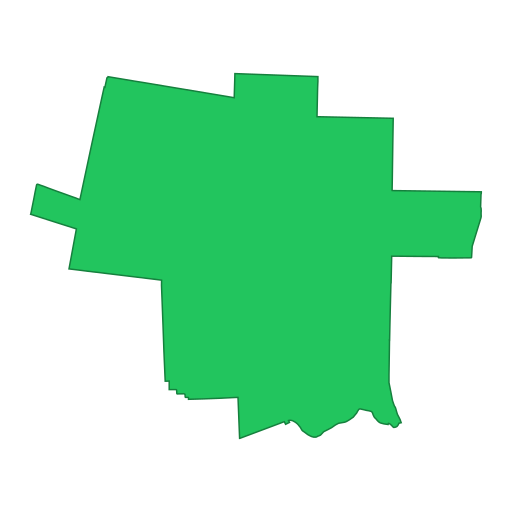 Amara, Ialomita, Romania (orthographic projection)
{"feature_id": "2599482B39510423223989", "entity_name": "Amara", "entity_type": "district", "adm_level": 2, "iso_a3": "ROU", "parent_name": "Romania", "parent_adm1": "Ialomita", "projection": "orthographic", "projection_center": [27.315, 44.645], "detail": "fine", "context": "isolated", "style": "filled", "palette": "green", "viewbox_px": 512, "rotation_deg": 0, "n_neighbors": 0, "source": "geoboundaries", "source_scale": "gbopen_adm2", "svg_char_len": 3423}
<svg xmlns="http://www.w3.org/2000/svg" viewBox="0 0 512 512"><path d="M239.7,438.4L283.7,421.9L284.3,421.7L284.7,422.5L285.6,424.3L288.9,422.7L289.5,422.4L288.5,420.5L288.9,420.4L289.6,420.3L290.5,420.3L292.3,420.6L293.4,421.1L294.4,421.7L295.5,422.3L296.2,422.9L297.0,423.5L297.6,424.1L298.2,424.7L299.2,426.0L300.2,427.2L300.7,428.0L301.2,428.9L301.7,429.8L302.1,430.3L302.5,430.8L303.3,431.3L305.1,432.6L307.6,434.5L308.5,435.0L309.4,435.5L310.6,436.1L311.3,436.4L312.0,436.7L312.5,436.8L313.6,437.1L315.2,437.1L316.0,437.1L316.3,437.0L316.8,436.8L317.0,436.7L317.3,436.5L317.6,436.3L318.0,436.1L318.5,436.0L319.0,435.8L320.5,435.1L320.9,434.7L322.3,433.2L323.6,431.8L324.3,431.4L328.1,429.5L331.5,427.7L332.8,426.8L335.5,424.9L337.6,423.8L338.5,423.3L340.7,422.9L343.6,422.4L344.6,422.2L345.6,421.9L346.7,421.4L349.4,419.8L353.3,417.1L354.9,415.1L356.6,413.1L357.6,411.2L358.2,410.3L358.7,409.5L359.5,409.0L360.0,408.9L363.3,409.6L366.5,410.4L369.0,410.8L371.1,411.4L371.7,411.8L372.3,412.5L373.3,415.2L374.2,417.0L374.6,417.6L375.9,418.8L377.3,420.5L378.7,421.9L380.3,422.9L382.1,423.4L384.0,423.9L386.1,424.2L388.1,424.5L388.4,423.4L389.2,423.6L390.0,424.0L391.6,425.4L392.3,426.2L393.0,426.9L393.5,427.4L394.3,427.4L395.3,427.2L396.6,426.7L397.3,426.1L398.3,424.7L398.6,424.0L398.8,423.3L401.2,422.7L400.1,419.6L398.8,417.0L397.5,414.5L397.1,413.3L396.7,412.0L396.3,410.6L395.9,409.1L395.6,408.2L395.3,407.3L394.4,406.0L393.4,403.3L392.5,400.6L390.8,391.7L389.0,382.7L389.0,380.2L389.0,374.7L389.4,348.1L389.5,340.6L389.4,340.3L389.6,340.3L389.9,325.4L390.2,312.7L390.9,283.8L391.1,282.9L391.4,269.5L391.7,256.2L394.7,256.2L397.7,256.2L418.0,256.4L438.4,256.5L438.4,257.6L438.5,257.7L441.6,257.9L444.7,257.9L451.9,258.0L471.1,257.8L471.3,257.7L471.5,257.5L471.6,257.2L471.6,256.8L472.2,246.3L475.5,235.5L479.4,222.9L480.1,220.6L480.8,218.3L481.0,217.6L481.1,216.9L481.2,216.3L481.1,214.4L481.1,212.6L481.2,210.9L481.1,208.6L480.9,207.7L480.6,207.0L480.8,200.7L481.0,194.5L481.3,193.1L481.3,191.8L393.0,190.6L392.1,190.5L392.3,179.9L392.8,143.5L393.2,119.3L393.2,118.3L317.0,116.7L317.6,88.5L317.7,85.8L317.8,83.3L317.9,81.5L317.9,76.6L234.9,73.6L234.7,81.1L234.2,97.7L170.7,87.1L143.8,82.6L135.0,81.2L133.8,81.0L108.1,76.7L108.1,76.9L108.0,77.2L107.8,77.4L107.2,77.6L106.9,78.0L106.3,80.9L105.8,83.1L104.9,87.3L104.2,87.0L102.1,96.5L91.5,145.3L85.5,173.4L80.1,198.7L79.9,199.6L77.5,198.7L75.8,198.0L71.5,196.5L64.9,194.1L57.6,191.5L52.4,189.6L48.3,188.1L43.7,186.3L41.0,185.4L38.0,184.3L37.6,184.2L36.8,184.5L36.5,185.2L36.4,185.8L35.8,188.7L35.2,191.6L33.6,200.0L33.5,200.4L32.8,203.9L31.9,208.4L31.8,208.9L31.2,212.0L31.0,212.8L30.8,213.7L30.8,214.1L30.7,214.3L31.4,214.5L34.5,215.5L55.7,222.3L66.1,225.6L76.4,228.9L74.4,239.7L69.0,268.9L78.2,270.0L86.8,271.1L88.3,271.3L89.3,271.4L90.3,271.5L91.8,271.7L92.5,271.8L94.2,272.0L97.2,272.3L108.3,273.7L108.5,273.7L130.0,276.3L159.6,279.9L161.6,280.2L161.5,285.2L162.8,319.8L163.0,325.1L163.9,350.7L164.2,358.1L165.2,381.2L169.2,381.1L169.2,389.6L169.4,389.6L176.1,389.6L176.4,389.7L176.6,390.0L176.7,391.6L176.8,393.3L176.9,393.7L177.2,393.9L183.9,393.8L184.3,394.0L184.7,394.1L184.9,394.3L185.0,394.5L185.1,394.9L185.1,395.9L185.2,396.8L185.2,397.0L185.4,397.3L185.6,397.4L186.8,397.4L188.1,397.4L188.3,397.5L188.5,397.8L188.5,399.3L202.7,398.9L220.8,398.2L234.7,397.5L238.0,397.4L239.6,438.4L239.7,438.4Z" fill="#22c55e" stroke="#15803d" stroke-width="1.5"/></svg>